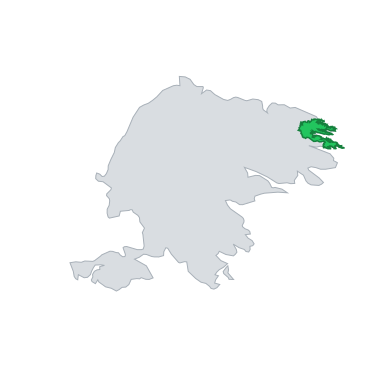 location of Bantry-West Cork Lea-4, Cork, Ireland, rotated 220°
{"feature_id": "5873133B32019280992122", "entity_name": "Bantry-West Cork Lea-4", "entity_type": "district", "adm_level": 2, "iso_a3": "IRL", "parent_name": "Ireland", "parent_adm1": "Cork", "projection": "albers", "projection_center": [-9.717, 51.642], "detail": "fine", "context": "in_parent", "style": "filled", "palette": "green", "viewbox_px": 384, "rotation_deg": 220, "n_neighbors": 0, "source": "geoboundaries", "source_scale": "gbopen_adm2", "svg_char_len": 9625}
<svg xmlns="http://www.w3.org/2000/svg" viewBox="0 0 384 384"><g transform="rotate(220 192 192)"><path d="M229.8,70.2L223.4,75.1L222.5,76.8L220.9,83.9L220.7,85.9L216.8,93.9L214.6,95.5L211.1,96.9L209.2,98.2L206.7,97.6L203.6,97.8L202.0,99.3L202.1,100.3L203.1,101.5L209.0,105.0L208.7,106.5L207.1,108.2L196.8,112.7L193.7,115.3L192.7,117.0L193.9,119.8L202.4,128.0L203.9,128.9L205.2,133.8L212.7,135.6L215.8,138.6L218.4,139.3L224.1,138.8L226.4,139.9L227.7,139.0L228.4,137.4L234.5,131.2L232.4,126.8L238.5,118.9L240.3,119.0L243.4,121.2L245.9,124.3L246.9,128.6L249.4,132.4L251.0,133.7L255.1,134.3L256.1,135.8L255.6,141.5L256.3,143.3L266.7,142.7L270.7,140.1L274.3,140.3L276.2,142.8L277.2,145.3L274.1,146.4L270.8,146.1L269.3,147.8L269.4,151.1L270.7,155.3L273.0,158.2L275.1,164.9L276.9,172.3L279.3,176.8L280.1,182.4L279.9,185.1L280.5,190.1L279.7,191.9L280.6,196.5L285.2,211.4L286.6,223.1L284.9,227.6L282.5,231.9L281.1,236.9L280.1,242.3L279.7,251.0L274.6,261.4L272.3,264.0L269.6,265.7L276.0,272.4L271.2,275.8L265.8,277.1L259.7,275.5L256.0,275.9L251.4,279.8L250.3,279.1L247.9,273.4L246.4,279.5L243.0,281.5L237.1,281.3L227.3,283.2L223.5,285.1L222.0,287.8L220.9,290.9L219.5,292.8L217.7,293.8L210.1,296.3L208.6,297.2L205.2,302.3L200.6,305.3L196.8,306.2L193.3,303.4L191.8,301.7L190.2,300.8L185.0,301.1L186.6,301.9L187.8,303.9L188.3,307.9L187.8,311.7L185.2,313.7L182.1,314.1L177.3,318.2L170.8,319.4L167.3,323.1L145.8,329.5L144.6,329.6L141.6,328.0L138.4,327.4L135.2,327.9L126.2,331.3L121.8,330.6L127.4,322.0L134.8,317.7L135.6,316.5L133.2,315.9L119.0,318.9L114.0,321.5L109.1,322.2L111.4,318.3L117.8,312.9L123.3,309.4L125.6,306.2L132.3,302.6L110.8,310.0L105.1,309.0L103.8,307.0L99.4,307.9L97.8,302.9L104.3,295.3L108.1,292.1L112.6,290.4L117.0,287.9L118.6,284.8L116.6,283.8L103.6,284.5L97.4,283.8L97.8,281.3L99.0,278.6L105.4,274.0L108.9,273.3L111.9,273.8L117.4,276.5L124.7,275.7L121.6,272.7L121.1,266.7L118.8,264.6L121.8,261.8L125.1,260.2L130.8,254.4L132.8,253.5L143.9,252.0L155.9,248.9L167.7,244.6L161.6,242.3L158.6,239.3L154.0,245.6L150.7,248.0L141.1,249.3L138.1,248.6L133.9,246.7L132.5,247.4L131.3,248.9L125.0,252.0L118.4,252.7L126.1,247.1L135.8,237.6L138.0,234.5L141.1,229.3L140.1,227.0L138.1,225.6L145.1,214.8L147.5,212.9L152.0,212.5L155.3,210.8L156.7,210.8L158.0,210.1L160.9,206.9L156.4,204.8L151.8,203.8L137.6,205.0L135.8,204.8L134.0,203.8L132.9,202.4L132.0,198.7L131.0,197.9L127.8,197.9L124.6,199.0L122.4,198.9L120.3,197.3L123.7,193.6L119.3,192.7L114.8,193.4L111.1,192.2L111.0,189.9L112.7,187.6L110.5,185.3L110.0,182.5L112.4,181.1L115.0,181.6L120.2,179.6L126.9,178.6L121.2,176.5L118.9,174.7L118.8,172.0L119.2,169.7L125.9,165.9L133.0,164.1L132.4,161.6L132.9,158.8L125.8,158.0L118.7,160.0L119.5,154.7L121.2,149.9L121.5,146.7L121.2,143.4L117.9,144.8L117.5,140.0L116.1,136.8L111.3,139.0L111.4,134.7L112.8,131.7L115.4,130.4L117.9,131.0L122.6,130.9L127.1,128.7L133.6,128.1L143.9,128.8L151.1,135.1L152.9,133.9L155.7,129.9L157.0,129.4L167.8,131.1L174.4,133.3L176.2,132.5L175.2,128.1L172.9,125.0L175.7,120.9L179.1,118.1L181.4,116.7L186.7,114.9L189.1,113.2L190.5,108.0L192.9,103.6L179.5,106.1L166.6,101.2L168.6,97.5L171.3,95.4L175.9,93.7L176.3,91.8L178.6,90.2L182.4,86.0L180.9,80.6L181.6,76.6L184.3,74.0L185.1,70.3L186.3,67.5L191.9,66.4L197.2,63.8L205.6,63.2L207.7,64.2L207.1,59.7L211.0,59.1L212.6,59.9L213.3,63.1L215.2,65.0L215.8,68.5L214.7,71.3L212.8,73.4L214.7,75.5L211.9,79.5L215.0,77.7L219.2,73.8L218.9,70.7L218.0,66.8L216.7,63.4L217.2,59.5L219.5,57.0L225.9,55.6L223.1,51.3L225.4,50.8L228.0,51.6L231.9,54.9L240.0,59.4L236.2,63.8L231.6,67.0L229.8,70.2ZM117.3,156.4L117.1,158.5L114.0,155.9L112.5,153.1L103.9,151.7L107.5,148.9L109.2,149.8L115.3,149.9L117.0,151.1L117.3,156.4Z" fill="#d9dde1" stroke="#a8b0b8" stroke-width="1"/><path d="M150.3,307.6L148.9,308.0L148.6,308.3L148.7,308.8L148.3,309.0L146.5,307.7L146.1,306.8L144.9,306.9L144.4,306.3L143.1,305.9L142.9,305.3L141.6,305.3L140.8,306.1L139.6,306.0L139.1,307.4L139.2,307.7L137.5,308.7L131.3,309.0L129.7,310.5L129.2,311.7L126.8,312.3L125.2,313.6L125.1,314.3L123.9,315.3L123.8,315.9L123.4,315.6L122.4,315.9L121.9,315.5L122.2,315.1L122.3,313.9L121.5,313.5L121.9,312.7L120.9,311.4L119.0,312.4L119.7,311.7L119.9,310.9L120.3,311.0L119.7,310.5L118.7,311.5L117.6,311.9L117.9,312.0L117.6,312.2L115.7,312.5L114.2,313.8L115.3,314.0L115.2,314.3L116.4,313.9L117.0,314.0L115.7,315.4L116.0,315.6L115.6,315.9L115.9,315.9L115.9,316.0L114.6,316.2L114.3,316.6L114.5,316.8L114.0,317.0L112.9,316.7L112.0,317.4L111.3,316.7L111.1,317.1L110.3,317.0L109.8,317.6L110.1,317.8L110.0,318.0L111.2,318.1L111.0,318.4L111.3,318.6L111.9,318.4L112.0,318.8L111.7,319.2L111.9,319.3L111.4,319.8L111.9,319.9L111.7,320.5L110.9,320.8L110.6,320.5L108.8,321.3L108.1,320.7L107.4,321.3L108.2,321.8L108.1,322.5L107.2,323.4L109.1,322.1L109.7,322.4L111.3,321.9L112.4,322.0L112.6,322.2L112.1,322.7L112.9,322.4L112.3,322.9L112.8,323.0L114.2,322.4L116.0,320.7L116.0,321.2L117.3,321.2L117.8,320.7L117.6,320.3L117.9,319.9L117.2,319.7L118.2,319.6L118.5,318.8L118.3,318.7L118.8,318.3L119.8,318.7L120.4,318.2L120.7,318.5L122.5,318.0L122.8,318.4L124.9,317.9L125.8,317.2L126.4,317.5L126.7,316.9L126.3,316.4L126.5,316.2L126.4,316.2L126.2,316.2L126.4,315.9L126.5,315.8L126.6,315.7L126.9,315.5L126.7,315.9L127.2,316.4L127.0,316.8L128.8,316.7L129.4,316.1L128.9,317.2L130.3,316.9L132.4,315.6L133.1,314.4L133.4,314.8L134.5,314.2L134.8,313.4L134.3,313.0L134.5,312.7L134.1,312.7L134.4,312.4L134.2,312.3L134.7,312.2L134.3,311.7L135.0,311.3L135.5,312.0L135.5,312.6L135.3,312.9L136.5,313.3L136.6,313.9L137.5,314.0L138.6,313.0L139.0,313.2L138.6,313.9L139.4,313.4L138.7,314.5L138.8,314.8L138.5,315.2L139.4,315.4L138.5,315.9L138.7,316.0L138.5,316.4L138.7,316.5L137.3,316.6L136.4,317.3L136.3,317.7L133.7,318.4L133.1,319.0L127.9,321.3L127.0,322.3L124.1,323.7L123.7,324.1L124.0,324.3L123.8,324.6L121.2,326.3L121.1,326.5L122.6,326.5L123.7,325.8L124.5,325.9L125.9,324.9L126.5,325.2L126.7,324.5L127.9,324.3L128.2,323.7L128.6,323.9L128.9,323.5L129.8,323.5L130.8,322.3L131.4,322.6L133.0,321.5L133.8,321.3L134.0,321.6L134.6,321.0L135.2,320.8L135.7,320.9L134.8,321.2L135.3,321.5L134.9,321.7L135.0,321.9L133.4,322.2L133.0,322.6L133.1,323.1L131.4,323.8L131.6,324.1L130.2,324.8L130.3,325.7L129.5,326.2L129.9,326.3L129.9,326.5L129.5,326.6L129.2,326.3L128.2,327.3L125.6,327.8L124.0,329.5L121.7,330.7L122.0,330.8L121.9,331.0L123.1,331.3L122.5,332.1L122.7,332.8L122.4,333.1L123.6,333.0L124.3,331.7L124.6,331.7L124.4,331.5L124.4,331.3L125.0,330.9L124.4,331.4L124.7,331.6L124.7,332.1L125.1,332.3L124.5,332.9L124.6,333.2L125.6,332.4L126.0,332.5L125.9,332.2L127.8,331.6L125.5,332.0L127.2,331.0L126.9,331.4L127.6,331.2L127.4,330.9L127.8,330.6L127.6,330.6L127.7,329.9L127.4,329.8L129.2,329.0L129.2,329.4L129.5,329.5L129.8,328.7L129.3,328.2L130.0,328.5L130.2,327.9L130.4,328.0L130.3,328.7L130.8,328.6L130.7,329.1L130.9,329.6L131.5,329.6L130.8,330.0L131.6,330.0L133.0,329.6L132.6,329.3L131.8,329.5L132.7,329.1L132.9,328.2L133.1,328.5L132.8,329.1L133.0,329.2L134.7,328.8L134.9,328.5L134.8,327.6L135.2,327.3L135.6,327.3L135.4,328.5L137.2,327.7L137.9,327.8L138.0,327.5L137.8,327.2L138.2,327.2L138.1,327.5L138.3,327.7L138.8,327.6L139.5,327.0L139.7,326.4L139.1,326.4L139.3,325.9L138.7,325.7L138.9,325.4L138.6,324.9L139.2,325.6L139.6,325.6L139.9,326.3L140.1,326.2L140.1,325.7L140.6,325.6L140.3,326.2L140.6,326.6L141.5,325.9L141.4,326.9L141.0,327.8L139.8,328.7L140.1,328.7L139.9,329.0L140.1,329.1L140.7,328.3L140.4,329.4L141.4,329.5L142.6,328.4L142.8,327.7L144.8,326.9L144.7,326.2L145.6,325.8L145.3,325.5L145.4,325.2L146.2,324.5L146.9,324.4L146.2,323.1L146.4,322.9L146.4,321.6L146.7,320.8L147.4,321.6L148.4,321.5L148.9,320.6L148.4,320.0L148.3,319.4L150.1,318.5L150.7,318.8L151.9,317.3L151.6,316.8L153.4,315.6L152.8,315.2L153.2,315.0L153.1,314.6L151.6,315.5L150.6,314.5L151.9,314.4L152.1,313.8L151.5,313.9L151.4,313.2L151.7,313.1L151.4,312.4L151.6,312.3L151.2,312.1L151.1,311.5L151.3,310.1L149.5,308.7L150.2,308.3L150.3,307.6ZM121.7,319.1L118.9,319.5L118.1,320.6L118.1,321.0L119.5,321.0L119.4,321.4L119.6,321.5L121.5,320.5L122.0,320.7L122.9,319.9L123.5,320.0L123.3,319.7L124.2,318.9L123.0,319.2L122.0,320.0L122.3,319.5L121.7,319.1ZM107.1,321.4L105.2,322.0L103.9,323.4L104.1,323.6L106.5,322.5L107.5,321.7L107.1,321.4ZM136.9,316.6L137.6,315.2L137.6,314.6L135.1,316.6L135.5,316.3L136.9,316.6ZM139.5,329.5L139.3,329.9L139.2,329.6L138.8,329.9L138.7,330.2L139.4,329.9L139.8,330.3L139.8,329.8L140.2,329.5L139.5,329.5ZM135.2,329.1L132.9,330.1L133.8,330.1L135.2,329.1ZM138.6,327.9L137.6,328.6L138.7,328.0L138.6,327.9ZM136.6,329.2L137.1,328.5L136.3,328.8L136.2,329.1L136.6,329.2ZM113.8,314.1L113.2,314.5L114.0,314.1L113.8,314.1ZM137.6,330.8L137.4,330.4L137.2,330.5L137.1,330.8L137.6,330.8ZM136.3,330.9L136.6,331.2L136.7,330.7L136.5,330.8L136.3,330.9ZM135.7,331.4L136.1,331.1L135.9,331.1L135.7,331.4ZM118.6,318.9L118.8,319.0L119.1,318.7L118.6,318.9ZM139.4,329.0L138.9,329.1L139.5,329.1L139.4,329.0ZM134.7,312.7L135.0,312.3L134.6,312.5L134.7,312.7ZM138.8,329.1L138.5,329.3L138.3,329.4L138.6,329.3L138.8,329.1ZM132.5,330.2L132.1,330.3L132.1,330.5L132.5,330.2ZM129.0,325.0L129.3,325.1L129.4,324.9L129.2,324.9L129.0,325.0ZM138.0,315.5L137.7,315.9L138.1,315.6L138.0,315.5ZM129.9,325.2L129.6,325.2L129.9,325.2ZM140.4,325.8L140.2,325.9L140.4,326.0L140.4,325.8ZM140.3,326.9L140.4,326.7L140.3,326.8L140.3,326.9ZM107.1,323.4L107.2,323.6L107.3,323.5L107.1,323.4ZM107.3,322.2L107.2,322.2L107.3,322.2ZM139.4,329.5L139.6,329.3L139.4,329.5L139.4,329.5ZM136.5,329.9L136.4,329.8L136.5,329.9ZM124.6,328.5L124.7,328.4L124.5,328.5L124.6,328.5ZM113.0,314.6L112.9,314.6L113.0,314.6ZM119.5,319.3L119.4,319.4L119.6,319.3L119.5,319.3ZM117.4,312.0L117.5,311.9L117.4,312.0Z" fill="#22c55e" stroke="#15803d" stroke-width="1.5"/></g></svg>